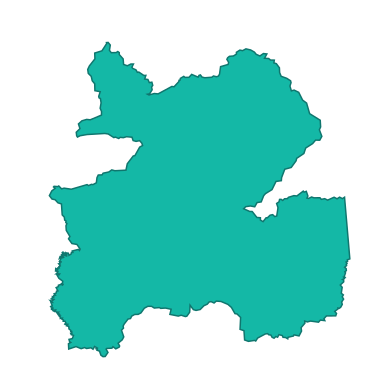 the district of Atalaya, Ucayali, Peru, rotated 85°
{"feature_id": "86281439B8185732836313", "entity_name": "Atalaya", "entity_type": "district", "adm_level": 2, "iso_a3": "PER", "parent_name": "Peru", "parent_adm1": "Ucayali", "projection": "natural_earth1", "projection_center": [-73.051, -10.43], "detail": "fine", "context": "isolated", "style": "filled", "palette": "teal", "viewbox_px": 384, "rotation_deg": 85, "n_neighbors": 0, "source": "geoboundaries", "source_scale": "gbopen_adm2", "svg_char_len": 5960}
<svg xmlns="http://www.w3.org/2000/svg" viewBox="0 0 384 384"><g transform="rotate(85 192 192)"><path d="M340.9,128.0L341.4,125.9L343.7,124.9L344.8,123.0L343.3,121.1L344.1,119.4L341.7,117.8L342.9,114.5L344.7,114.0L345.1,111.5L346.6,109.4L345.1,109.0L344.3,103.5L343.2,102.8L344.7,97.9L340.1,95.0L336.6,95.1L332.6,91.0L330.4,91.0L331.5,88.4L330.9,85.2L332.7,77.3L330.8,75.3L331.7,70.9L329.7,71.6L327.2,68.9L327.9,59.6L325.6,58.6L323.4,60.2L321.2,56.8L320.3,56.7L320.8,55.7L319.9,54.0L317.1,52.1L314.6,52.5L311.9,50.3L309.5,51.5L307.7,50.2L305.9,52.1L300.0,50.7L297.6,52.4L294.7,48.7L292.8,48.6L292.3,49.6L291.4,47.7L290.2,48.3L290.3,47.1L289.4,47.7L285.9,46.1L284.8,46.7L283.8,45.1L281.8,45.1L280.3,46.5L278.7,44.4L277.5,44.7L276.8,43.8L275.2,44.6L274.7,43.1L273.1,43.2L272.4,40.6L210.5,40.5L211.7,42.7L210.0,45.4L211.4,48.1L209.6,50.9L211.9,57.6L210.2,60.4L210.6,63.8L208.9,65.0L208.4,71.1L207.4,73.3L208.6,76.4L208.1,78.0L206.1,76.9L201.3,78.1L201.9,80.3L200.8,81.1L205.1,87.9L204.5,90.8L205.7,96.4L206.9,97.5L206.8,100.4L208.3,102.4L207.1,103.8L207.0,105.4L209.4,106.2L210.8,108.7L215.1,107.7L223.3,109.7L223.7,111.7L221.6,113.6L221.9,116.2L224.3,119.2L224.1,120.4L227.7,123.8L225.9,126.3L223.6,126.1L223.0,129.6L216.7,133.7L216.4,136.2L213.2,142.0L211.3,139.8L211.0,135.1L212.2,130.8L208.2,128.1L207.9,123.9L201.9,120.9L200.0,118.9L196.6,112.1L188.8,107.4L188.5,102.0L185.5,101.5L177.4,97.6L176.2,91.0L170.0,85.6L167.6,84.8L163.4,77.2L158.1,74.9L154.3,67.6L151.1,64.4L151.5,60.2L147.9,57.8L141.1,59.7L138.4,58.2L131.7,58.0L124.2,68.0L113.4,70.1L110.1,73.8L102.0,77.0L99.4,81.4L99.9,84.2L95.0,85.2L91.7,83.8L89.8,84.1L87.0,87.7L84.5,93.1L80.7,94.3L75.9,94.1L71.5,96.8L70.5,99.2L67.8,98.5L67.4,102.3L65.7,104.0L65.1,108.1L61.0,105.4L60.3,108.8L62.4,112.5L60.4,116.1L58.1,117.6L55.6,121.2L54.1,125.8L55.6,129.3L54.8,131.9L56.7,135.6L58.5,135.7L60.1,138.9L60.1,142.9L61.4,144.8L62.9,145.7L66.0,144.2L68.1,144.9L69.6,152.6L77.0,154.3L78.9,155.7L79.3,157.6L78.3,160.5L79.4,162.3L79.3,169.3L78.4,172.0L76.1,173.4L76.4,174.8L78.1,175.9L74.8,182.1L77.5,185.0L77.2,189.1L76.1,190.1L77.8,193.7L79.5,194.1L79.6,195.2L80.9,195.5L85.6,200.7L85.1,202.9L91.3,217.2L90.6,221.0L91.6,226.4L90.7,227.8L90.5,225.7L86.7,222.8L83.8,223.1L82.4,221.8L79.1,222.4L79.3,225.0L76.1,226.1L75.3,229.3L71.8,227.8L71.7,229.8L67.9,234.5L68.0,236.0L65.4,237.2L63.7,240.3L62.5,241.0L59.4,239.2L59.2,241.8L60.6,245.4L59.0,249.0L53.4,249.0L48.7,252.5L46.8,252.3L45.6,253.7L46.5,255.4L46.2,260.3L43.7,261.9L38.5,260.6L35.7,262.5L35.7,264.2L36.6,264.0L43.5,269.4L45.1,276.8L50.9,277.1L57.4,283.2L60.8,285.2L64.8,285.0L68.0,282.3L72.5,281.7L75.7,279.5L82.6,279.9L84.1,274.7L88.6,276.6L90.1,276.4L90.9,275.1L95.3,274.8L100.6,276.2L104.0,275.1L107.5,275.5L111.2,287.1L110.5,290.6L111.5,295.5L114.3,299.2L119.1,298.1L122.4,302.1L126.0,302.0L127.3,301.3L126.2,298.6L125.6,291.5L126.1,273.7L126.9,270.4L131.0,265.1L130.6,263.6L132.3,260.3L131.3,258.8L131.9,255.6L131.2,252.4L132.2,247.0L135.6,246.2L136.7,243.3L136.3,239.7L139.0,237.7L141.4,237.2L142.7,240.2L150.8,245.7L151.0,247.4L158.2,254.0L164.5,255.9L164.1,267.0L163.0,270.0L164.8,273.1L165.5,278.9L167.1,280.1L166.9,283.9L169.4,285.4L174.5,286.5L176.0,290.0L175.6,291.5L176.6,294.5L175.5,295.9L178.7,312.0L177.0,319.1L177.5,321.6L174.4,324.2L174.9,325.3L174.3,328.9L174.9,329.5L176.4,328.0L178.7,331.6L183.2,334.4L186.8,332.1L187.8,329.0L191.1,326.5L192.5,323.1L203.5,323.3L205.9,321.4L208.9,321.3L209.9,320.0L211.4,320.4L212.5,319.4L214.7,320.5L219.3,320.6L225.7,317.5L227.9,319.1L232.9,316.1L234.2,311.2L239.1,308.4L240.5,309.2L239.3,310.2L240.3,316.4L241.8,316.0L241.7,317.4L243.2,317.8L244.4,320.1L242.2,320.5L241.8,322.1L244.8,322.5L243.8,324.8L243.3,322.9L241.3,323.6L242.4,325.1L240.6,325.8L241.1,326.6L242.6,326.0L243.2,327.4L245.8,325.5L246.3,326.5L244.6,328.0L244.7,329.0L246.3,329.7L245.6,328.6L246.4,328.0L249.6,330.1L250.2,327.9L250.6,329.9L252.0,329.7L251.9,331.0L254.1,329.7L254.9,331.2L256.0,330.9L256.0,332.4L257.4,332.5L256.3,334.4L258.8,334.8L258.7,333.4L259.6,332.6L259.9,333.4L261.0,332.9L261.7,334.2L262.1,331.0L263.0,331.7L262.3,334.0L266.4,332.1L269.6,328.5L271.5,329.0L272.2,330.7L272.1,328.9L272.9,328.5L273.5,329.2L272.6,330.3L273.2,333.2L274.6,333.4L275.4,335.7L278.8,334.2L279.0,335.6L280.8,336.1L281.4,338.2L282.9,337.1L283.1,338.7L285.0,339.0L284.1,340.2L286.3,340.7L286.1,342.3L287.1,339.1L288.4,341.1L288.0,342.4L289.7,340.9L289.5,342.2L293.1,341.1L294.0,343.5L293.7,341.8L295.3,341.5L295.7,340.0L295.6,342.1L296.7,342.2L296.9,341.0L297.9,340.9L297.7,339.0L298.5,340.1L299.1,339.4L298.7,338.1L299.8,337.7L300.1,335.6L300.9,336.9L302.3,336.1L301.6,335.3L302.4,334.5L303.3,335.2L303.9,334.1L304.5,334.9L305.4,333.9L306.5,334.2L306.4,332.1L307.4,332.6L308.2,331.3L309.5,331.6L309.7,329.7L311.3,329.1L312.3,330.0L312.8,327.9L313.2,328.9L313.6,327.7L314.4,328.5L315.2,326.5L317.7,326.5L319.3,324.8L320.6,325.0L320.6,324.0L322.6,324.0L322.5,325.1L323.6,324.7L324.5,322.5L327.6,324.0L328.1,327.4L330.5,327.0L331.3,325.9L332.4,328.3L337.7,328.5L335.9,321.0L338.4,316.1L337.6,312.5L338.7,310.7L338.4,306.2L340.0,304.3L337.4,302.5L339.1,300.1L339.8,301.2L340.3,300.0L341.3,300.5L342.5,298.0L346.6,297.0L348.3,295.0L348.3,292.8L344.5,289.7L341.0,291.3L340.4,290.6L340.6,285.4L339.2,284.2L341.6,281.6L340.2,278.1L339.1,277.5L336.2,278.8L333.2,274.4L330.4,272.6L323.5,274.3L321.6,272.1L319.6,272.3L317.8,271.2L313.0,266.8L312.7,264.3L310.4,262.9L309.0,259.8L309.2,256.3L308.0,253.4L303.6,249.6L302.0,245.9L302.4,242.2L304.3,239.7L304.3,234.6L305.2,233.3L305.3,228.6L307.0,223.0L312.0,224.7L314.4,216.5L313.8,213.5L315.5,209.5L315.3,208.0L311.6,204.8L304.6,203.8L309.3,200.9L310.3,198.3L309.8,194.1L306.3,190.0L305.1,186.6L303.0,184.4L302.9,182.5L304.5,179.7L302.8,177.3L303.6,172.6L307.1,166.0L310.4,162.8L316.9,159.8L317.4,157.8L321.2,154.5L333.0,156.1L334.7,152.3L344.0,152.5L345.7,148.8L345.3,142.7L346.0,141.5L343.2,139.3L339.8,131.3L339.7,129.0L340.9,128.0Z" fill="#14b8a6" stroke="#0f766e" stroke-width="1.5"/></g></svg>